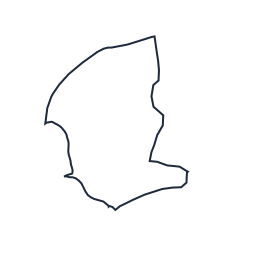 Hwangju, Hwanghae-bukto, North Korea (Mercator projection), rotated 319°
{"feature_id": "82179303B1056018992840", "entity_name": "Hwangju", "entity_type": "district", "adm_level": 2, "iso_a3": "PRK", "parent_name": "North Korea", "parent_adm1": "Hwanghae-bukto", "projection": "mercator", "projection_center": [125.698, 38.725], "detail": "fine", "context": "isolated", "style": "outline", "palette": "slate", "viewbox_px": 256, "rotation_deg": 319, "n_neighbors": 0, "source": "geoboundaries", "source_scale": "gbopen_adm2", "svg_char_len": 1288}
<svg xmlns="http://www.w3.org/2000/svg" viewBox="0 0 256 256"><g transform="rotate(319 128 128)"><path d="M68.5,70.4L69.9,70.5L71.0,71.1L72.0,71.7L73.1,72.4L74.4,73.1L75.2,74.5L75.9,76.7L76.7,78.5L77.2,80.1L77.7,81.7L78.0,83.1L78.1,85.0L78.0,86.7L78.0,88.9L77.7,90.5L77.2,92.7L76.2,94.5L75.3,96.4L74.5,98.4L73.4,100.2L72.5,101.3L71.0,102.9L69.0,105.0L67.3,106.8L66.2,108.6L65.1,110.7L64.0,113.2L63.1,115.0L61.0,118.1L60.2,120.0L59.2,122.1L58.2,123.9L56.0,125.8L54.6,125.2L52.9,124.3L51.7,123.9L50.0,123.2L47.9,122.7L49.6,123.8L51.5,126.7L53.9,128.9L55.6,131.8L56.4,135.4L56.5,139.4L55.1,144.8L54.2,148.1L53.7,152.3L54.5,155.9L55.8,159.1L61.2,167.4L62.3,174.1L61.9,174.6L62.7,174.6L64.5,177.5L64.7,181.3L64.8,181.6L70.5,181.7L77.5,183.6L84.4,185.4L96.5,189.1L105.2,192.8L113.8,196.5L122.4,202.1L129.3,207.6L136.3,207.6L139.8,203.9L143.3,200.3L144.5,200.3L143.3,196.6L141.6,191.1L138.2,187.4L133.0,181.9L127.9,172.7L122.7,167.2L129.7,161.7L136.7,158.0L145.4,152.5L155.9,148.9L162.9,141.6L161.2,128.7L166.5,119.5L175.3,112.2L182.2,112.2L189.2,104.8L194.5,97.5L201.5,86.5L208.1,76.3L205.5,74.8L203.2,73.8L182.2,64.6L168.5,56.6L165.5,54.1L161.7,52.2L154.8,50.5L136.6,48.8L118.6,48.4L104.7,50.1L94.1,52.8L90.6,54.1L80.2,60.0L68.5,70.4Z" fill="none" stroke="#1e293b" stroke-width="2"/></g></svg>